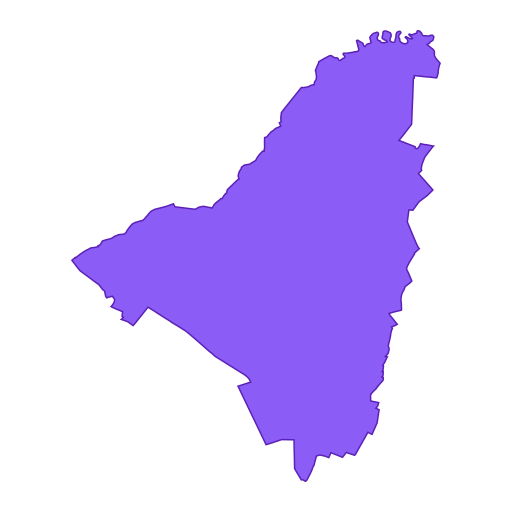 Lazuri, Satu Mare, Romania (Robinson projection)
{"feature_id": "2599482B42166201983382", "entity_name": "Lazuri", "entity_type": "district", "adm_level": 2, "iso_a3": "ROU", "parent_name": "Romania", "parent_adm1": "Satu Mare", "projection": "robinson", "projection_center": [22.883, 47.894], "detail": "fine", "context": "isolated", "style": "filled", "palette": "violet", "viewbox_px": 512, "rotation_deg": 0, "n_neighbors": 0, "source": "geoboundaries", "source_scale": "gbopen_adm2", "svg_char_len": 5901}
<svg xmlns="http://www.w3.org/2000/svg" viewBox="0 0 512 512"><path d="M128.3,322.1L133.1,325.6L133.8,324.6L134.4,324.2L148.0,307.2L154.8,311.4L158.1,313.6L165.0,318.0L170.0,321.1L171.7,322.4L177.9,326.1L185.5,330.9L189.4,334.0L199.7,342.9L208.6,350.8L212.7,354.1L214.7,356.0L215.8,356.8L244.0,374.4L245.6,375.5L247.5,377.1L249.1,379.1L249.7,380.1L250.7,382.1L238.0,386.2L266.1,444.7L270.9,443.2L281.6,439.6L294.0,439.8L294.6,468.6L296.8,472.4L301.3,479.9L302.4,479.8L303.1,479.9L305.4,481.3L305.8,481.2L306.1,480.9L307.0,479.9L310.6,472.9L312.0,469.8L313.0,466.7L313.4,466.1L313.9,465.6L316.4,456.1L319.4,455.1L320.5,455.1L325.2,456.2L328.8,457.6L330.9,452.7L342.5,457.3L346.3,452.5L354.7,455.3L355.5,454.3L367.9,432.3L372.0,434.4L377.1,422.9L379.1,409.7L375.9,408.3L377.7,406.0L378.7,402.6L370.7,401.0L370.5,395.5L370.8,394.7L371.2,394.1L371.1,393.8L375.5,389.2L376.3,388.6L377.1,387.1L377.6,386.8L377.7,386.2L378.2,385.9L378.4,385.5L378.6,385.5L379.4,384.4L381.7,381.9L381.9,381.4L382.2,381.4L382.6,381.0L383.3,379.5L383.3,378.9L383.2,377.3L381.8,377.1L381.8,376.9L382.2,376.6L383.0,375.4L383.1,374.9L383.2,371.6L382.4,371.9L382.2,371.8L382.2,371.3L382.8,370.3L383.2,369.1L383.2,367.9L383.5,366.5L383.5,366.1L383.3,365.8L382.7,365.5L383.5,364.2L384.3,362.9L384.5,362.8L387.3,356.8L385.4,356.5L388.0,353.6L388.4,352.6L388.5,351.5L388.9,350.6L389.1,349.5L389.0,347.9L388.3,346.1L388.3,345.0L388.8,343.9L388.8,342.9L389.3,341.5L390.7,335.0L390.5,334.7L391.9,329.1L392.4,328.9L392.2,328.0L391.6,326.8L394.3,325.9L397.3,324.3L389.8,315.0L389.1,313.4L393.9,312.0L401.3,310.2L401.5,310.0L401.5,307.9L401.3,302.9L400.9,299.3L401.4,295.6L402.1,293.3L402.6,292.2L403.7,290.4L405.2,286.6L409.6,283.2L411.8,281.0L408.6,273.3L406.6,269.3L406.7,268.2L407.2,266.5L409.3,262.4L414.5,254.0L414.6,253.5L414.4,253.1L419.3,248.7L417.4,245.9L414.5,239.2L407.3,221.9L408.9,209.9L412.6,210.2L412.9,210.2L413.2,209.8L418.7,202.2L419.8,201.2L427.3,195.5L432.9,190.0L425.4,181.4L418.4,173.6L421.6,170.5L421.4,170.2L421.4,167.9L421.5,166.7L421.7,166.3L421.8,164.9L424.6,157.6L425.4,156.3L432.3,147.3L433.5,146.1L425.9,144.6L425.7,144.8L420.5,143.7L419.6,146.0L418.4,147.6L417.3,148.6L416.3,148.6L414.9,147.7L415.1,146.7L398.9,140.4L402.9,135.6L411.6,124.3L412.1,111.1L412.7,97.4L413.3,79.6L413.5,78.5L413.9,78.1L414.2,78.1L414.3,75.6L427.6,77.0L427.7,76.9L436.6,77.9L436.9,77.1L437.2,76.6L437.4,75.7L438.1,73.4L438.2,72.3L438.1,71.4L438.9,67.1L439.4,65.2L440.1,63.4L440.0,63.1L436.0,58.5L434.8,56.5L434.5,55.9L434.3,51.2L433.8,50.3L433.2,49.5L427.1,44.6L429.2,43.3L429.1,43.2L429.5,43.0L429.9,42.3L432.9,40.3L433.6,38.1L433.8,37.1L433.6,36.4L432.6,35.3L430.5,35.3L429.9,35.6L428.1,36.1L425.5,35.7L423.9,35.8L422.8,35.4L422.2,34.9L421.7,33.3L419.9,31.3L418.9,30.9L417.6,30.7L417.0,31.4L417.0,32.4L416.6,33.0L415.7,33.4L411.7,34.9L409.9,34.2L409.2,34.1L408.9,34.6L409.4,35.4L412.5,38.2L412.3,38.7L411.6,38.9L410.5,38.8L409.3,38.4L406.6,36.9L405.9,36.6L405.2,37.3L405.7,37.9L407.1,39.1L407.6,40.4L407.9,41.4L407.7,42.5L406.1,43.6L405.1,43.8L404.1,43.7L402.1,43.0L401.0,42.2L400.3,41.5L399.8,40.6L399.7,39.6L399.8,39.0L399.0,37.8L398.6,36.9L398.8,35.6L399.2,34.9L400.7,33.1L400.9,32.4L400.3,31.5L399.6,31.3L398.4,31.5L397.1,32.2L396.6,32.8L396.0,35.0L395.9,37.3L395.2,39.6L394.9,41.6L394.4,42.1L393.2,42.4L391.7,42.1L390.1,40.8L390.1,39.6L390.2,38.6L391.1,36.2L391.2,35.0L390.8,33.7L390.3,32.8L389.1,32.2L386.5,31.1L384.5,31.0L383.6,31.3L383.0,32.2L382.8,34.8L382.2,36.7L382.1,37.5L382.3,38.4L382.7,38.9L383.9,39.2L384.3,39.6L384.3,39.9L386.0,40.3L386.7,41.0L387.1,42.2L386.2,42.2L384.2,42.7L382.7,42.7L381.5,42.6L380.9,42.1L380.0,40.9L378.1,40.3L377.7,39.6L377.1,38.3L377.2,37.6L378.4,34.9L378.5,33.8L378.0,32.7L377.1,32.2L373.7,33.3L372.2,34.3L371.5,35.3L370.6,36.0L369.8,37.7L371.1,42.6L370.6,43.1L367.0,44.2L364.9,46.6L363.8,46.0L363.2,44.0L362.8,43.3L357.8,40.2L357.0,40.3L356.5,40.8L357.2,43.2L358.8,49.5L358.5,50.8L357.7,51.2L356.3,51.7L354.4,51.8L353.3,52.2L346.9,53.2L343.6,53.2L343.2,53.5L343.2,54.4L343.8,55.2L344.7,56.1L344.8,57.2L344.4,57.8L343.8,58.1L343.1,58.3L342.2,58.9L340.3,60.4L339.7,60.5L339.0,60.2L338.5,59.6L338.3,58.9L337.8,58.3L337.1,57.8L335.4,57.9L334.3,57.6L331.6,55.8L330.2,55.6L329.4,55.8L323.4,59.0L318.7,61.8L318.5,63.2L316.9,66.7L315.4,70.5L315.9,71.9L316.5,76.8L316.1,79.7L314.8,81.6L314.5,82.3L314.3,82.8L314.2,84.6L311.2,85.2L308.2,86.8L306.7,87.1L303.5,87.6L301.4,87.5L300.4,88.7L284.1,109.0L281.3,112.8L281.4,113.2L281.0,115.7L280.8,118.0L280.9,120.2L281.2,121.8L279.3,122.8L280.8,126.2L275.4,128.5L273.9,130.0L271.7,131.5L271.0,132.0L268.0,135.3L267.1,136.8L264.6,137.6L264.5,142.4L264.6,147.6L264.2,149.7L264.2,151.3L263.0,151.0L261.9,151.9L259.4,154.6L257.3,157.4L255.7,160.4L253.0,162.1L251.3,163.0L250.1,164.1L244.3,165.1L241.4,167.3L241.2,168.7L239.5,171.2L238.7,173.3L238.1,175.9L239.0,179.1L238.2,179.3L237.3,180.1L227.4,189.6L226.4,193.2L225.5,193.7L224.1,195.4L222.0,198.7L220.8,198.6L219.7,199.8L215.3,203.3L213.9,205.0L213.2,206.4L212.2,208.0L203.4,206.3L199.1,207.1L195.1,209.3L194.5,209.2L174.9,206.8L173.7,204.3L173.4,203.8L166.2,206.4L154.9,209.3L151.1,211.2L150.1,212.4L149.2,213.1L147.6,215.2L143.9,219.4L142.4,220.6L140.7,220.8L139.1,221.3L138.7,221.5L135.6,222.3L132.4,223.9L130.8,225.6L128.8,228.1L127.3,230.2L126.0,232.5L124.8,233.7L123.4,234.2L119.1,234.6L118.3,234.8L114.2,236.5L113.3,237.1L112.9,237.6L112.3,238.0L108.9,239.2L108.0,239.3L102.8,240.8L102.2,241.2L101.2,243.2L100.1,244.8L98.1,245.7L98.5,246.5L95.0,247.4L90.9,247.9L84.8,251.1L80.3,254.1L75.5,257.9L75.2,257.5L71.9,260.3L78.2,268.5L80.1,270.8L99.1,284.9L102.4,289.3L104.6,291.1L105.7,296.5L106.9,297.9L108.6,297.1L110.4,296.8L112.2,296.2L113.0,296.8L113.0,297.3L113.8,298.1L114.3,298.7L114.5,299.3L114.5,300.9L114.3,301.7L113.6,303.2L111.9,305.7L111.0,306.6L114.5,308.3L122.6,311.7L122.0,316.4L123.4,317.4L121.2,319.4L126.5,321.2L128.3,322.1Z" fill="#8b5cf6" stroke="#5b21b6" stroke-width="1.5"/></svg>